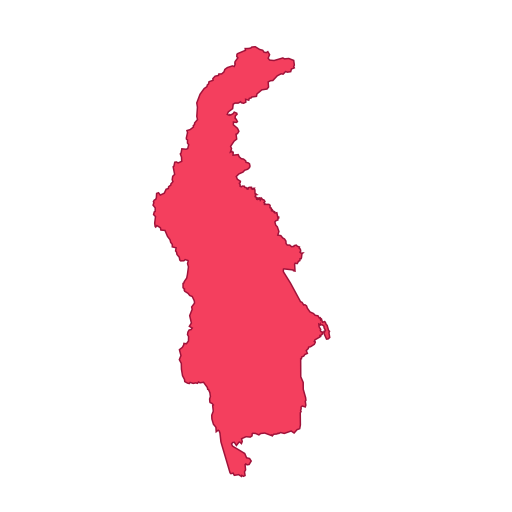 outline of Hkamti, Sagaing, Myanmar, rotated 331°
{"feature_id": "60261553B91156237471736", "entity_name": "Hkamti", "entity_type": "district", "adm_level": 2, "iso_a3": "MMR", "parent_name": "Myanmar", "parent_adm1": "Sagaing", "projection": "natural_earth1", "projection_center": [95.699, 25.834], "detail": "fine", "context": "isolated", "style": "filled", "palette": "rose", "viewbox_px": 512, "rotation_deg": 331, "n_neighbors": 0, "source": "geoboundaries", "source_scale": "gbopen_adm2", "svg_char_len": 6103}
<svg xmlns="http://www.w3.org/2000/svg" viewBox="0 0 512 512"><g transform="rotate(331 256 256)"><path d="M292.6,221.5L291.7,220.5L292.9,218.5L292.3,217.1L288.5,215.0L289.2,214.2L288.8,213.2L290.3,212.6L290.1,210.7L289.1,209.8L288.9,208.1L287.2,209.0L287.7,207.9L285.8,207.5L287.1,206.8L286.0,206.4L285.9,207.1L285.0,205.3L284.9,207.0L284.1,206.7L284.6,204.6L284.0,203.7L285.3,202.4L286.4,202.7L285.8,201.7L286.7,201.7L285.4,201.5L285.4,201.0L287.1,197.6L286.7,196.7L287.5,196.0L285.9,195.3L285.4,195.9L284.6,194.9L285.3,193.7L283.7,192.8L282.4,192.5L282.0,193.2L281.2,192.6L281.1,193.4L280.7,193.2L280.5,191.3L279.5,190.6L279.6,189.3L277.9,188.2L276.6,188.3L275.9,187.1L276.6,186.2L276.7,184.3L277.7,184.2L278.6,183.1L276.9,179.8L277.3,176.9L280.8,175.9L285.3,176.3L287.7,175.5L290.8,176.1L293.2,175.5L294.3,174.5L295.0,172.2L294.3,170.7L292.7,169.3L293.1,167.7L292.1,165.2L290.3,163.7L289.4,161.1L289.6,158.7L284.8,156.7L286.3,154.3L285.7,154.1L285.7,152.8L284.0,152.7L286.7,150.2L286.9,147.8L292.6,144.9L295.8,144.4L297.6,139.8L299.1,140.0L301.5,138.6L301.7,135.3L299.8,130.3L301.2,127.9L303.6,129.7L304.9,129.5L305.0,126.7L304.5,125.4L305.9,123.4L308.1,122.9L308.4,121.8L306.7,119.6L305.1,120.4L302.1,120.4L301.7,119.6L300.8,120.0L299.5,118.2L301.7,116.5L307.0,115.8L309.7,112.1L311.8,112.1L314.7,113.7L317.3,113.6L317.5,114.9L319.2,116.4L321.7,116.5L322.9,113.9L325.2,116.2L326.5,114.9L328.5,115.4L329.4,114.9L333.8,116.6L335.4,114.7L341.6,113.5L346.6,115.3L348.9,114.3L351.0,109.7L353.6,109.7L355.8,110.7L362.0,108.7L366.3,108.8L367.9,110.1L371.3,109.0L372.5,110.4L375.7,111.6L377.6,109.7L380.7,110.0L380.8,108.6L382.1,107.6L383.8,103.2L380.4,99.1L376.5,97.4L375.5,95.8L366.6,93.8L362.9,91.3L362.5,88.9L365.5,86.5L365.4,83.0L363.6,83.1L361.8,81.6L361.6,79.3L359.3,77.1L356.8,72.6L353.6,71.2L352.2,71.6L349.7,70.7L347.1,69.3L346.5,71.0L338.2,70.1L337.2,70.3L335.9,72.2L336.2,73.9L332.0,75.8L330.9,77.1L331.0,77.9L328.8,79.7L327.5,78.3L322.3,77.3L319.2,77.7L317.3,79.4L314.3,80.1L311.7,78.8L310.8,79.9L307.4,78.9L304.3,79.9L303.6,81.5L299.4,80.8L297.8,82.6L296.3,82.8L295.2,84.1L291.9,84.4L285.5,87.4L278.4,93.4L276.9,97.5L271.9,105.2L271.0,108.3L266.8,109.9L266.0,111.2L264.3,111.6L263.8,112.9L259.6,113.5L256.4,112.8L256.0,114.8L252.2,119.1L251.8,120.2L252.4,121.3L250.8,124.0L251.1,126.0L248.4,128.9L246.7,128.8L243.1,126.3L240.5,129.5L239.3,130.0L238.8,133.4L236.9,137.2L233.0,136.8L231.9,135.1L230.4,134.6L227.8,137.6L226.8,137.8L224.4,145.2L221.8,145.9L219.7,148.6L219.4,150.7L216.5,151.7L215.9,152.7L213.2,153.0L212.0,154.5L209.8,154.0L206.2,156.6L201.8,156.3L201.4,153.4L199.4,153.1L197.1,156.7L195.8,157.8L194.1,157.8L192.6,158.7L192.5,159.9L190.6,161.6L191.2,165.0L189.4,168.2L188.4,168.1L186.5,170.1L187.2,172.8L183.3,178.2L182.1,181.3L182.3,182.1L184.0,181.3L186.1,184.9L185.4,187.2L188.8,189.5L188.1,196.0L188.7,200.0L188.0,202.7L188.4,205.3L187.2,207.4L190.1,210.1L188.1,212.6L188.4,214.0L187.6,216.4L188.3,219.9L187.4,222.5L187.7,223.7L190.6,225.2L192.3,224.8L194.3,226.9L194.3,227.5L192.4,229.5L191.7,232.7L187.0,239.0L184.7,241.7L180.8,243.6L180.1,244.5L178.9,244.6L176.8,248.4L177.5,250.3L176.7,250.8L176.6,252.3L178.5,255.8L178.9,258.4L180.6,260.5L180.3,265.3L179.4,267.4L175.0,269.4L174.3,271.7L169.1,276.0L167.0,283.3L163.6,285.2L165.3,288.1L163.5,288.9L161.7,288.3L159.6,289.5L158.0,291.5L158.0,293.7L155.7,297.6L152.6,299.0L150.6,297.5L149.7,298.7L147.3,300.2L143.6,300.8L142.1,306.7L138.7,309.5L138.6,313.7L135.9,318.9L133.7,325.1L133.6,329.3L132.8,331.3L134.4,333.9L135.8,335.2L137.1,334.6L139.3,337.0L141.7,337.7L143.1,339.0L144.6,338.3L145.6,339.8L148.9,341.0L149.7,347.4L149.1,349.2L149.7,349.8L149.4,353.2L148.0,356.8L146.1,358.6L145.0,361.0L144.8,361.9L146.0,363.5L146.5,365.6L145.6,365.8L143.4,371.0L140.1,373.8L138.4,377.2L137.2,382.5L137.9,386.4L136.0,390.4L138.4,390.0L139.0,391.2L138.6,393.5L135.2,401.6L128.2,433.0L128.5,434.2L130.7,434.8L130.7,437.3L134.8,438.8L136.4,441.7L137.2,441.0L138.2,442.6L140.0,442.7L141.3,439.2L143.2,438.0L145.3,433.2L146.3,432.9L146.9,434.3L148.9,435.0L152.4,433.0L152.2,430.0L149.9,427.9L150.4,423.3L143.3,410.9L143.5,408.5L145.2,407.8L146.7,408.4L147.0,412.2L150.8,410.6L151.6,410.8L152.3,413.0L154.0,411.6L154.8,408.8L159.7,409.2L163.2,411.6L165.3,411.4L166.6,409.5L167.3,409.5L169.6,411.0L171.8,413.9L174.0,413.5L177.8,415.1L182.9,421.0L183.1,420.3L183.9,420.9L185.1,420.5L188.0,421.8L189.4,421.7L189.8,422.3L191.9,422.3L194.7,424.9L201.9,426.1L203.5,429.3L207.7,427.8L210.5,428.2L212.9,425.3L218.7,414.6L220.0,413.9L220.2,412.5L221.4,411.6L222.0,410.1L223.7,409.6L225.9,411.9L227.3,410.6L228.7,406.9L229.7,406.4L230.7,404.0L232.7,395.5L236.0,389.4L236.6,383.3L245.2,367.6L245.9,367.9L247.0,366.5L249.2,366.7L251.0,365.8L253.7,366.1L254.1,363.1L256.9,362.3L257.8,361.2L259.8,361.8L264.2,361.5L266.0,360.2L266.2,359.5L265.6,359.0L266.9,357.9L272.7,357.8L273.3,356.7L273.8,357.4L274.4,356.7L275.9,356.6L277.3,354.8L276.1,353.5L276.2,352.2L277.0,351.6L276.9,348.5L277.9,346.1L278.6,347.4L279.2,346.8L279.1,347.5L280.6,348.4L281.4,350.4L280.7,351.8L280.7,355.2L280.4,354.5L279.4,355.5L278.9,355.0L277.9,356.7L277.4,362.9L278.8,363.5L281.0,363.0L282.6,358.5L283.8,357.5L283.4,356.3L284.6,351.1L284.2,349.9L284.5,347.7L284.3,346.6L282.0,346.2L282.7,342.9L281.5,343.2L282.2,341.1L281.3,340.9L281.2,338.3L279.0,336.6L278.4,334.2L276.1,331.1L275.6,326.6L276.0,324.1L275.1,322.3L274.0,322.0L273.8,318.9L272.8,317.5L273.0,296.4L272.3,283.0L273.6,280.8L274.2,280.8L281.7,286.2L281.6,287.0L282.8,288.1L285.8,281.9L286.7,281.3L288.4,282.6L290.6,281.2L292.1,281.3L293.2,279.7L294.1,280.2L294.9,279.6L297.1,276.5L298.4,276.1L296.8,275.4L296.3,273.9L297.5,273.4L298.1,271.5L297.6,270.2L298.4,269.2L296.9,267.6L296.5,266.0L294.4,265.4L293.7,266.0L291.6,265.1L290.8,262.8L288.7,261.7L288.3,259.7L289.4,257.4L289.2,254.9L288.1,253.1L287.6,250.2L285.2,248.3L287.9,245.7L288.8,240.8L288.2,238.7L289.0,235.4L290.4,234.8L292.6,235.1L293.6,233.4L294.2,233.8L294.8,233.0L294.0,232.1L295.2,228.2L293.5,227.6L293.0,226.7L293.7,226.2L291.9,224.3L292.7,224.1L292.6,223.2L291.9,223.1L292.6,221.5Z" fill="#f43f5e" stroke="#9f1239" stroke-width="1.5"/></g></svg>